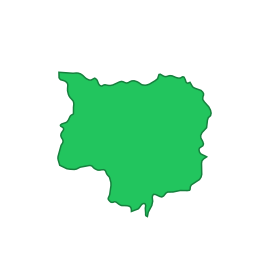 Eure-et-Loir, Albers equal-area conic projection, rotated 301°
{"feature_id": "FRA-5291", "entity_name": "Eure-et-Loir", "entity_type": "Metropolitan department", "adm_level": 1, "iso_a3": "FRA", "parent_name": "France", "parent_adm1": "", "projection": "albers", "projection_center": [1.329, 48.445], "detail": "fine", "context": "isolated", "style": "filled", "palette": "green", "viewbox_px": 256, "rotation_deg": 301, "n_neighbors": 0, "source": "natural_earth", "source_scale": "10m", "svg_char_len": 2897}
<svg xmlns="http://www.w3.org/2000/svg" viewBox="0 0 256 256"><g transform="rotate(301 128 128)"><path d="M107.1,212.9L106.3,212.8L105.0,211.2L101.3,204.9L96.4,199.6L93.5,195.0L91.9,194.1L88.0,193.5L86.3,192.5L85.7,190.6L85.2,185.9L84.3,184.1L82.8,183.9L81.1,184.5L77.9,186.9L73.8,188.3L66.3,188.7L62.1,190.2L62.0,188.7L62.5,187.9L63.9,187.1L68.2,184.1L70.5,183.2L71.7,181.9L71.7,180.9L71.0,179.9L70.0,179.3L68.9,179.0L65.2,178.7L63.9,178.4L58.2,173.9L59.6,173.0L60.5,172.3L61.3,171.2L61.7,169.8L61.2,167.9L60.5,166.4L58.5,162.9L58.2,162.4L58.1,161.9L58.0,160.7L58.0,159.2L58.3,156.9L58.3,155.5L57.8,154.3L56.8,153.6L56.0,152.6L55.6,151.3L56.1,149.3L56.6,148.0L57.2,147.4L58.1,147.1L60.2,146.9L61.8,146.5L69.8,143.1L72.4,141.5L75.7,138.1L76.4,137.2L77.1,134.8L77.6,133.6L78.3,132.5L79.3,131.3L79.9,130.1L79.8,128.7L78.5,126.8L77.5,125.7L76.8,124.6L76.3,123.6L76.1,121.9L76.0,120.6L76.1,119.4L76.4,118.2L76.5,117.9L76.7,117.4L76.8,116.5L76.6,115.4L75.9,114.1L69.7,107.1L66.3,105.0L64.8,103.3L62.8,99.5L61.6,96.6L60.9,88.7L64.7,84.6L66.0,83.5L67.6,82.7L78.7,79.6L80.0,79.6L81.2,79.7L82.4,79.5L83.6,78.9L84.7,77.6L85.3,76.3L86.1,75.1L87.1,74.2L88.7,73.6L90.1,73.5L92.5,73.7L92.8,73.7L93.1,73.6L93.9,73.4L94.6,72.7L94.9,71.7L94.9,69.5L95.3,68.8L95.9,68.6L97.3,69.1L100.6,71.9L101.6,72.5L102.8,72.7L104.1,72.8L108.2,72.4L109.4,72.6L110.4,73.1L111.5,73.8L112.2,73.8L112.8,73.5L117.7,70.6L120.5,69.3L121.7,68.4L122.9,67.1L123.7,64.7L124.2,62.9L125.0,61.2L126.2,59.5L128.8,57.0L130.8,55.8L133.6,54.4L134.6,53.6L135.4,52.3L135.7,50.6L135.7,49.2L134.7,45.4L135.0,44.1L135.6,43.0L140.2,40.1L146.6,52.7L148.4,55.2L149.3,56.8L149.9,59.2L149.9,60.9L149.7,62.5L149.1,65.1L148.9,66.2L148.9,67.1L148.9,67.9L149.1,69.7L149.4,70.6L150.1,71.7L153.5,73.7L153.6,74.0L153.6,74.6L153.4,76.1L152.8,77.3L151.0,79.6L150.3,80.8L150.0,82.0L150.1,83.0L150.4,83.9L152.3,85.0L153.2,86.0L154.3,89.1L155.3,90.9L157.0,92.8L163.0,96.9L164.5,98.3L165.1,99.8L165.4,102.4L165.8,103.6L166.9,104.8L169.0,106.0L170.4,107.1L171.6,108.9L172.0,110.4L172.3,111.8L172.4,113.0L172.4,114.1L172.2,116.7L172.3,117.9L172.4,118.2L173.5,120.7L174.8,122.2L176.7,123.8L182.5,126.9L185.5,128.0L189.8,127.0L190.7,127.9L190.8,132.0L191.2,133.5L192.3,134.9L193.4,135.8L194.5,137.0L195.4,138.9L196.0,143.0L196.6,145.2L197.7,147.1L199.9,148.3L200.3,149.0L200.4,149.9L198.7,152.5L197.7,153.5L197.1,154.4L197.0,155.5L197.2,156.3L199.1,157.6L196.8,161.7L196.4,163.1L196.6,165.2L197.8,171.2L197.2,173.7L196.3,175.1L195.1,175.8L193.4,176.1L191.0,177.3L189.7,179.9L187.7,186.4L185.7,189.6L183.5,191.6L181.1,192.4L178.2,191.5L175.8,192.0L168.7,195.2L162.2,193.8L158.9,194.2L156.9,195.6L155.0,198.9L153.2,200.9L151.4,201.3L147.7,199.6L145.9,200.0L144.0,201.9L143.3,204.0L143.8,209.7L143.8,210.3L140.4,208.7L137.9,208.3L135.6,209.2L126.2,215.1L123.5,215.9L120.7,215.8L111.9,211.6L109.8,211.7L107.1,212.9Z" fill="#22c55e" stroke="#15803d" stroke-width="1.5"/></g></svg>